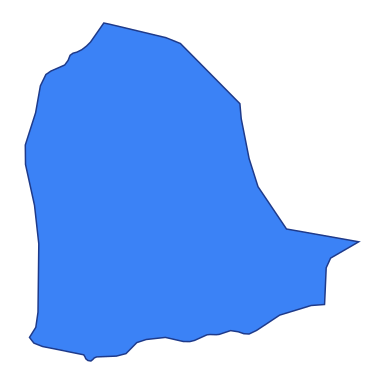 SVG path tracing the border of Dikhil
{"feature_id": "DJI-1569", "entity_name": "Dikhil", "entity_type": "Region", "adm_level": 1, "iso_a3": "DJI", "parent_name": "Djibouti", "parent_adm1": "", "projection": "mercator", "projection_center": [42.104, 11.405], "detail": "fine", "context": "isolated", "style": "filled", "palette": "blue", "viewbox_px": 384, "rotation_deg": 0, "n_neighbors": 0, "source": "natural_earth", "source_scale": "10m", "svg_char_len": 866}
<svg xmlns="http://www.w3.org/2000/svg" viewBox="0 0 384 384"><path d="M90.9,361.0L87.9,360.5L85.8,358.8L84.9,356.7L83.7,354.8L42.5,346.5L33.9,343.1L31.3,339.8L29.5,337.4L35.8,327.3L38.0,312.2L38.8,243.9L34.5,205.3L25.5,164.4L25.3,145.0L35.6,112.8L40.4,85.8L45.9,74.5L51.0,71.0L64.7,65.0L68.1,60.4L70.1,55.3L73.0,53.2L77.0,52.1L81.8,49.7L86.6,46.0L90.5,42.1L103.8,23.0L109.5,24.2L166.0,37.7L180.4,43.5L239.9,103.7L241.2,118.6L249.1,158.6L258.0,186.7L286.5,229.0L358.7,241.8L330.6,258.1L326.2,267.8L324.6,303.5L324.5,304.4L324.5,304.5L311.1,305.5L279.7,315.1L256.6,330.4L249.1,334.0L243.8,333.7L238.4,331.8L230.6,330.6L219.2,334.4L216.2,334.7L210.0,334.5L207.0,334.8L194.6,340.4L189.8,341.6L183.3,341.5L165.4,337.4L146.2,339.5L136.8,342.6L126.0,353.6L116.4,356.1L96.7,356.9L94.3,357.9L92.7,359.6L90.9,361.0Z" fill="#3b82f6" stroke="#1e3a8a" stroke-width="1.5"/></svg>